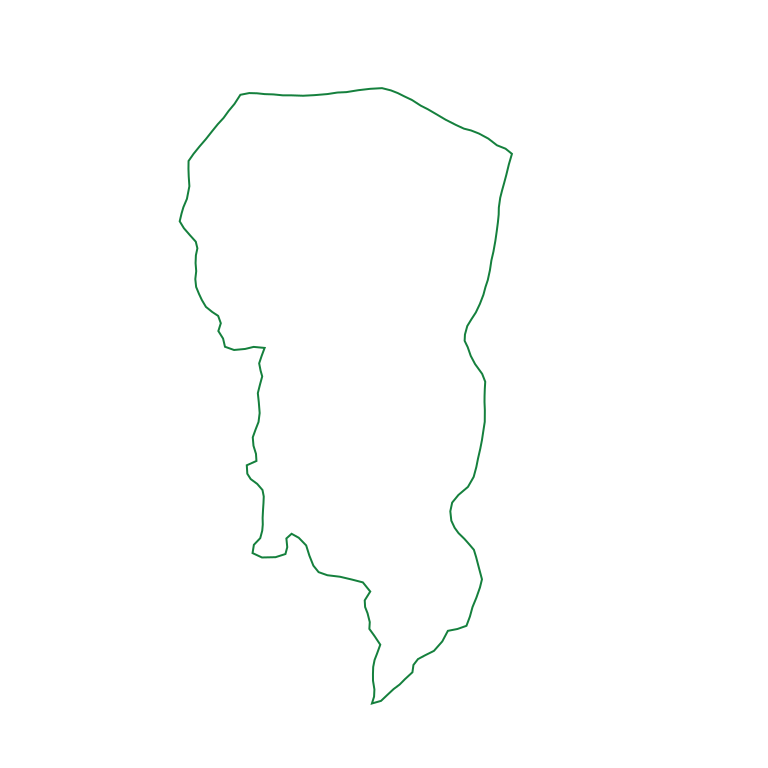 Campo do Meio, Minas Gerais, Brazil, rotated 79°
{"feature_id": "56859067B61456712529235", "entity_name": "Campo do Meio", "entity_type": "district", "adm_level": 2, "iso_a3": "BRA", "parent_name": "Brazil", "parent_adm1": "Minas Gerais", "projection": "natural_earth1", "projection_center": [-45.831, -21.107], "detail": "fine", "context": "isolated", "style": "outline", "palette": "green", "viewbox_px": 768, "rotation_deg": 79, "n_neighbors": 0, "source": "geoboundaries", "source_scale": "gbopen_adm2", "svg_char_len": 2521}
<svg xmlns="http://www.w3.org/2000/svg" viewBox="0 0 768 768"><g transform="rotate(79 384 384)"><path d="M127.8,533.3L135.5,534.9L143.1,536.1L152.7,537.3L164.6,542.1L172.2,547.2L178.0,550.2L185.3,553.5L192.9,550.7L200.9,546.1L208.4,541.6L215.2,541.3L221.8,544.1L229.4,545.9L237.4,546.8L245.0,549.2L252.9,549.9L260.3,548.4L266.7,546.8L274.3,544.1L280.5,538.9L285.5,533.8L293.2,532.6L300.4,536.5L308.7,533.3L317.1,533.0L322.0,524.7L323.1,513.6L322.7,504.9L325.8,494.3L333.0,498.7L339.9,502.6L347.3,502.6L353.3,502.1L360.8,505.8L368.9,509.6L378.2,510.4L388.8,511.6L397.3,514.4L404.1,518.7L411.3,523.0L419.7,523.9L428.2,523.0L435.2,523.9L437.6,534.2L446.0,535.3L451.9,533.0L457.9,527.5L464.9,523.5L471.5,523.5L477.8,525.0L485.4,527.0L492.3,528.7L498.8,529.8L504.7,531.5L511.7,534.9L517.0,542.4L524.9,545.3L531.0,536.9L533.3,523.5L532.1,513.2L525.7,510.1L517.0,509.3L513.4,503.3L518.7,497.0L527.6,491.2L538.2,490.0L548.8,488.0L556.2,484.1L560.9,476.1L564.8,464.0L569.8,452.9L574.7,442.6L585.1,437.1L592.7,444.2L599.3,445.1L605.9,443.9L615.0,443.4L621.6,445.1L629.6,441.4L639.2,437.4L647.2,442.2L653.1,445.9L659.7,448.6L666.7,450.2L673.1,451.4L682.0,451.7L689.0,453.4L695.3,456.8L694.5,447.4L690.0,440.3L685.3,432.8L682.0,426.0L677.7,419.7L672.4,411.1L665.4,408.7L660.5,403.1L658.2,395.6L655.5,385.9L647.8,375.9L638.5,368.4L638.5,358.7L637.1,349.2L628.6,344.0L619.9,339.7L611.4,334.1L602.0,328.6L594.4,325.1L581.1,326.0L571.5,326.6L563.9,327.4L558.2,330.6L551.4,334.6L544.6,339.3L538.6,342.1L531.0,344.0L521.6,343.2L513.4,339.7L507.1,332.1L501.0,321.2L492.3,313.7L483.1,309.2L475.5,306.1L465.8,301.8L457.9,298.6L449.2,295.5L440.3,292.3L428.9,290.0L421.0,288.8L415.1,287.6L408.1,286.0L401.1,284.2L392.8,285.7L381.8,290.8L372.9,293.5L363.8,294.8L357.0,296.6L350.9,295.1L343.0,291.2L337.3,286.0L331.3,280.2L323.7,274.6L315.4,269.4L308.2,265.9L301.8,262.3L292.5,258.3L283.2,255.0L274.9,251.3L264.8,247.4L255.6,244.2L247.2,241.4L239.6,239.1L232.7,237.6L223.4,234.4L216.4,231.1L209.8,227.8L202.2,224.1L192.2,219.5L182.5,214.5L176.2,219.8L171.2,227.6L163.0,234.8L156.2,243.1L151.7,250.2L148.6,256.8L143.4,264.0L136.3,273.1L128.4,282.0L122.7,288.5L117.8,294.8L110.6,302.3L105.5,309.2L101.1,314.9L97.1,321.2L93.2,329.5L91.6,341.3L90.7,353.2L90.3,365.3L89.0,374.1L88.6,384.2L87.2,397.0L85.6,408.4L83.0,419.7L81.4,428.0L78.6,437.4L76.7,445.7L74.4,453.2L72.7,460.8L72.7,469.8L80.6,477.4L86.3,484.4L92.2,490.7L97.2,497.5L102.9,504.3L109.6,512.1L115.5,519.6L121.7,527.0L127.8,533.3Z" fill="none" stroke="#15803d" stroke-width="2"/></g></svg>